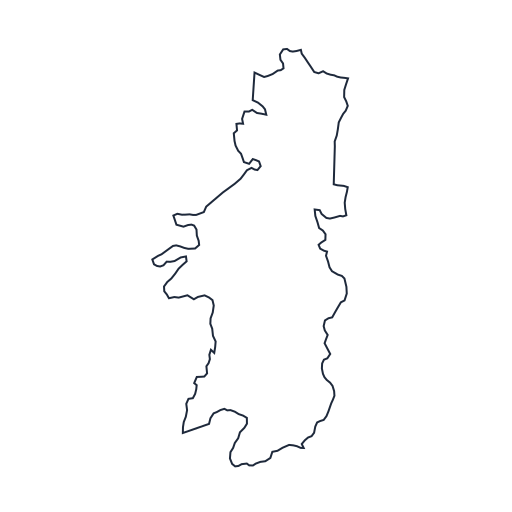 outline of Laranjal Paulista, São Paulo, Brazil, rotated 190°
{"feature_id": "56859067B98155787444179", "entity_name": "Laranjal Paulista", "entity_type": "district", "adm_level": 2, "iso_a3": "BRA", "parent_name": "Brazil", "parent_adm1": "São Paulo", "projection": "equal_earth", "projection_center": [-47.857, -23.018], "detail": "fine", "context": "isolated", "style": "outline", "palette": "slate", "viewbox_px": 512, "rotation_deg": 190, "n_neighbors": 0, "source": "geoboundaries", "source_scale": "gbopen_adm2", "svg_char_len": 3476}
<svg xmlns="http://www.w3.org/2000/svg" viewBox="0 0 512 512"><g transform="rotate(190 256 256)"><path d="M286.3,408.9L280.7,407.4L275.4,404.5L272.6,402.0L270.4,396.9L275.5,397.1L279.9,397.0L285.1,399.3L288.1,397.0L292.4,396.3L293.5,388.6L291.7,384.0L295.2,383.7L298.2,382.7L296.5,376.4L299.2,373.0L297.1,365.5L295.3,361.2L291.8,356.5L288.5,354.1L286.0,349.7L284.2,346.4L278.8,345.6L276.0,350.9L272.7,350.4L269.4,349.6L267.0,345.3L269.5,340.9L272.4,340.9L275.7,342.0L279.8,338.9L282.4,333.6L284.6,329.4L289.6,323.3L299.6,312.9L313.6,296.0L315.0,290.2L322.0,286.1L325.0,285.5L328.6,285.5L332.6,284.5L336.1,283.8L340.8,283.9L344.4,281.5L339.8,273.0L332.5,272.3L328.3,274.7L325.0,275.7L322.2,275.2L319.2,271.7L317.8,265.8L315.1,261.0L313.9,257.0L317.3,252.8L323.9,251.3L328.1,251.5L332.4,252.3L336.4,252.6L339.5,251.5L342.7,248.2L349.3,241.3L352.4,239.2L357.5,234.6L355.0,230.1L351.8,229.0L348.6,229.0L345.5,230.8L343.0,234.9L339.4,235.4L335.3,236.9L329.9,241.5L324.9,243.4L323.4,238.7L326.7,234.6L330.0,230.1L332.5,224.6L335.5,219.1L338.8,215.1L341.3,210.0L340.2,205.3L337.1,202.6L334.4,199.3L329.3,201.4L324.9,201.6L316.7,205.4L309.7,202.6L306.1,205.6L299.8,208.3L295.1,207.0L291.2,205.0L289.0,199.9L288.8,192.8L289.9,186.7L289.2,181.3L286.5,176.8L284.5,169.9L280.9,164.8L280.4,159.2L280.3,153.3L284.1,155.8L284.8,150.6L283.5,146.4L284.1,142.2L285.7,138.8L283.8,131.9L286.0,128.3L289.2,127.5L293.3,126.6L294.8,120.1L292.0,118.5L291.7,114.4L292.0,109.6L293.5,105.0L297.7,103.6L299.0,98.3L297.1,92.2L297.2,85.5L298.3,80.0L298.2,74.8L297.3,69.0L273.1,82.5L272.7,88.3L270.4,93.7L267.5,95.5L264.3,98.1L260.6,100.0L257.5,99.0L254.4,99.8L249.8,99.0L245.6,97.3L241.1,96.6L236.9,95.0L235.8,89.3L237.6,84.8L241.2,79.6L241.9,73.4L244.4,68.2L245.2,63.0L247.1,58.4L246.5,52.1L243.4,47.1L240.0,45.2L236.8,46.2L234.0,48.5L229.0,50.0L226.3,48.6L222.6,49.2L220.2,51.5L216.0,54.0L211.2,55.5L206.8,59.6L205.9,66.0L201.0,67.9L196.5,71.8L190.6,75.7L186.4,76.0L182.7,75.8L178.7,74.8L175.7,75.2L178.3,78.8L175.9,83.0L173.2,86.3L170.0,88.2L168.1,92.0L168.0,98.3L166.9,102.7L164.2,104.6L160.9,106.3L158.8,110.5L157.7,115.5L157.0,119.9L156.3,124.1L155.3,127.9L154.5,132.0L155.6,136.5L158.1,141.4L161.0,144.1L164.8,146.2L167.5,148.5L169.6,151.6L171.6,156.7L172.2,161.7L171.1,165.7L168.0,167.6L165.9,172.4L169.7,177.3L173.3,182.0L172.6,186.1L171.7,190.7L175.3,194.6L177.2,198.7L176.9,204.5L173.8,207.3L170.3,208.8L168.3,214.6L166.7,219.0L164.4,225.1L161.1,227.6L160.1,234.8L161.6,241.3L165.0,249.2L168.0,251.3L172.2,251.9L178.5,254.2L181.6,257.6L184.1,263.1L187.1,268.4L186.8,272.7L189.9,273.0L194.1,274.4L196.3,277.9L194.1,280.6L190.5,283.9L191.3,289.5L194.6,292.7L198.7,294.5L201.3,299.9L204.5,305.7L206.3,312.0L201.2,312.2L198.7,308.8L193.3,305.7L189.7,305.7L185.5,307.5L180.2,310.1L177.2,310.1L174.1,311.8L176.3,317.8L177.9,323.9L178.0,329.6L177.6,335.0L177.6,339.7L181.8,340.3L188.2,339.8L191.9,340.1L197.4,377.6L198.4,382.5L197.4,388.6L197.4,394.7L197.7,402.0L196.2,407.0L194.8,411.2L192.9,414.6L191.7,419.8L194.0,424.0L196.8,427.8L197.9,434.9L197.1,441.0L196.2,446.9L199.8,446.8L203.7,446.5L207.3,446.7L210.3,447.5L214.2,447.5L218.1,448.0L222.0,449.6L226.1,446.8L230.6,447.3L235.1,452.1L238.6,455.7L242.2,459.5L246.1,463.2L247.6,466.8L251.7,464.9L255.3,463.7L258.2,463.7L261.4,465.3L265.1,464.2L267.5,458.6L266.0,453.5L262.8,450.3L261.5,445.6L263.9,443.3L266.8,442.4L271.2,438.1L275.7,435.3L279.1,433.7L283.8,434.9L289.3,436.4L286.3,408.9Z" fill="none" stroke="#1e293b" stroke-width="2"/></g></svg>